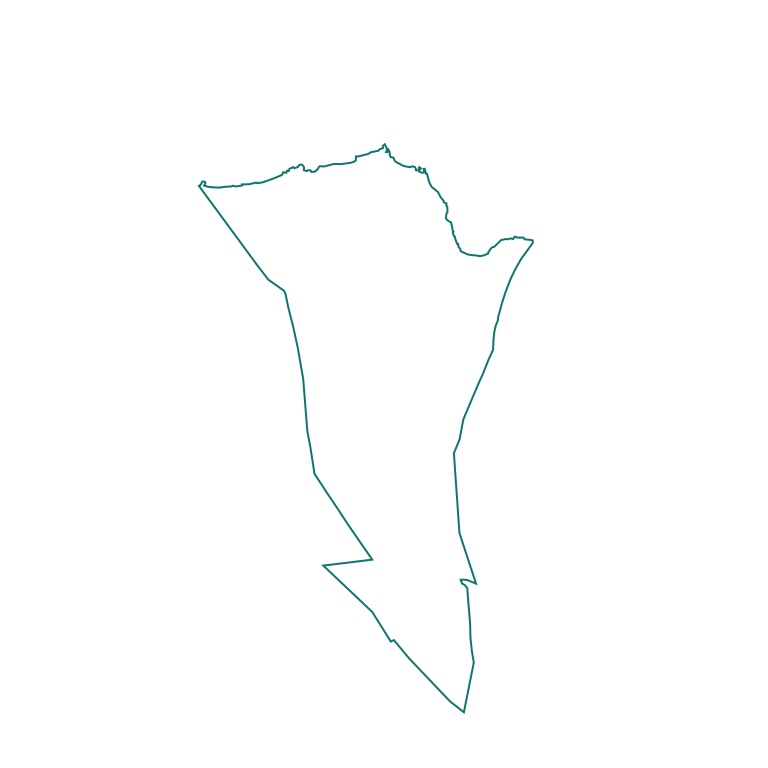 outline of Falealupo, Vaisigano, Samoa, rotated 39°
{"feature_id": "51752279B91405763132187", "entity_name": "Falealupo", "entity_type": "district", "adm_level": 2, "iso_a3": "WSM", "parent_name": "Samoa", "parent_adm1": "Vaisigano", "projection": "orthographic", "projection_center": [-172.771, -13.521], "detail": "fine", "context": "isolated", "style": "outline", "palette": "teal", "viewbox_px": 768, "rotation_deg": 39, "n_neighbors": 0, "source": "geoboundaries", "source_scale": "gbopen_adm2", "svg_char_len": 2433}
<svg xmlns="http://www.w3.org/2000/svg" viewBox="0 0 768 768"><g transform="rotate(39 384 384)"><path d="M410.9,180.7L409.3,178.9L407.3,179.7L402.2,183.1L400.2,182.5L395.5,186.3L392.9,187.2L393.1,190.2L390.9,191.0L389.4,193.5L387.6,194.5L384.5,198.3L383.3,208.2L382.2,209.4L381.8,211.5L382.3,216.3L382.8,217.1L380.7,221.1L378.2,224.2L375.4,225.7L370.5,229.0L367.3,230.7L360.2,232.5L358.1,231.0L355.6,230.5L353.5,228.5L352.8,229.1L347.9,226.3L346.3,224.9L345.4,225.1L342.5,223.4L342.2,221.9L341.1,221.8L338.3,219.2L334.2,216.2L331.7,216.8L328.1,216.5L325.2,212.2L325.3,210.7L321.7,206.5L320.0,206.1L319.0,204.4L316.1,205.1L314.9,204.1L310.5,203.2L305.2,200.9L297.0,200.8L293.6,199.5L290.0,197.2L285.3,193.6L284.4,194.2L280.2,191.2L279.5,192.1L282.2,194.0L280.5,196.0L277.7,196.7L276.8,195.2L277.0,193.1L275.0,193.4L276.6,196.2L274.2,197.8L273.3,196.6L271.4,196.0L269.1,197.0L267.5,199.3L262.2,202.2L253.8,203.9L251.8,203.8L248.8,202.1L246.4,203.5L243.9,202.0L242.7,200.3L239.9,199.2L240.7,201.7L239.6,202.4L238.8,199.7L233.8,197.1L233.3,199.8L234.8,201.3L232.9,204.2L232.9,206.2L227.9,212.2L227.1,214.9L220.5,223.7L219.0,224.8L221.4,228.0L220.8,230.3L218.8,233.1L212.3,240.1L206.6,244.5L203.7,248.5L200.6,252.6L197.4,254.9L196.8,256.1L197.3,259.0L196.6,262.5L194.2,264.9L192.6,264.2L190.5,265.5L190.0,267.2L187.2,268.3L185.4,265.8L182.1,265.1L180.3,267.0L180.6,269.4L178.5,272.7L176.9,272.7L175.1,276.4L176.0,278.3L174.4,279.2L175.2,281.2L172.4,282.9L173.2,285.6L169.0,293.5L162.9,303.5L159.2,307.7L158.0,307.8L153.6,313.5L148.1,318.2L148.8,319.0L144.7,323.6L141.6,325.2L140.9,326.7L136.1,331.0L132.9,334.6L126.5,339.4L123.0,341.5L119.4,343.0L118.8,340.2L117.4,339.6L115.3,341.1L116.2,344.2L115.5,346.5L210.1,371.3L228.4,375.7L247.6,374.5L250.7,375.9L261.4,384.7L276.9,396.3L294.2,410.1L318.0,430.9L354.3,469.1L366.2,479.1L386.5,497.5L407.6,504.3L426.2,510.0L444.2,515.8L485.4,527.9L451.1,563.3L518.5,568.6L551.4,579.9L552.8,576.8L576.0,581.4L634.8,589.1L652.7,588.9L629.1,544.0L620.4,536.3L610.9,526.8L601.6,515.9L583.3,496.8L577.3,490.3L573.3,489.4L570.2,489.9L566.8,487.9L569.2,485.8L572.3,483.9L581.1,481.2L540.4,454.9L536.4,452.3L494.8,407.7L481.9,393.8L477.6,379.5L467.9,361.5L457.7,326.1L454.3,313.3L450.1,299.9L447.3,288.9L441.3,280.8L436.6,273.5L434.2,268.5L432.4,262.8L430.6,260.1L424.5,246.2L420.7,236.4L417.4,226.3L416.0,221.5L413.6,211.2L411.9,200.5L410.9,180.7Z" fill="none" stroke="#0f766e" stroke-width="2"/></g></svg>